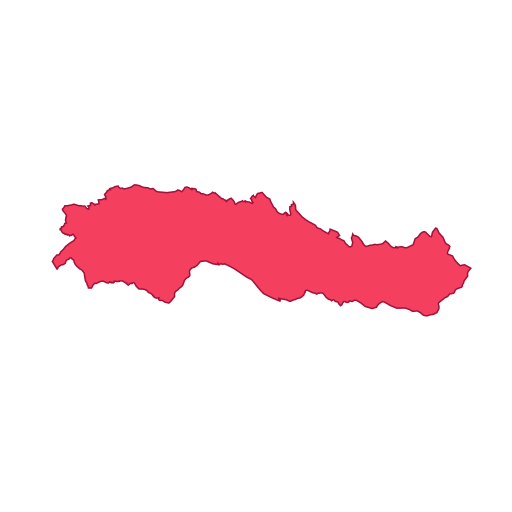 Cernesti, Maramures, Romania, rotated 58°
{"feature_id": "2599482B23598129947364", "entity_name": "Cernesti", "entity_type": "district", "adm_level": 2, "iso_a3": "ROU", "parent_name": "Romania", "parent_adm1": "Maramures", "projection": "robinson", "projection_center": [23.78, 47.557], "detail": "fine", "context": "isolated", "style": "filled", "palette": "rose", "viewbox_px": 512, "rotation_deg": 58, "n_neighbors": 0, "source": "geoboundaries", "source_scale": "gbopen_adm2", "svg_char_len": 6138}
<svg xmlns="http://www.w3.org/2000/svg" viewBox="0 0 512 512"><g transform="rotate(58 256 256)"><path d="M312.2,251.5L312.7,250.5L313.2,247.0L313.8,245.7L313.8,244.0L315.0,240.3L314.5,236.3L313.4,234.9L312.9,233.5L312.2,233.3L311.7,232.6L311.7,231.3L312.1,230.7L317.6,227.1L318.5,225.8L320.4,224.8L320.6,223.2L321.4,221.0L322.4,219.5L323.7,218.8L328.4,218.4L331.2,217.4L332.6,216.0L334.0,215.7L334.0,213.9L334.3,213.2L336.6,212.8L338.5,210.8L340.3,211.1L342.9,210.7L342.9,209.2L341.3,206.4L341.2,205.5L341.6,204.9L343.1,204.0L344.1,202.5L344.2,201.9L343.6,200.5L345.6,198.5L345.6,195.9L346.9,194.3L351.3,192.0L356.7,190.1L362.1,185.4L363.3,181.1L361.9,178.2L361.5,174.8L361.8,172.7L363.3,171.4L369.2,168.3L374.8,164.3L379.1,157.2L382.4,154.4L385.9,152.6L388.0,148.4L390.7,146.8L394.9,145.4L396.8,143.6L397.7,141.8L397.9,140.1L399.4,136.8L399.9,132.7L397.7,128.9L396.0,127.7L393.3,126.8L392.5,126.0L391.5,118.3L391.9,115.0L390.9,112.0L392.2,108.3L392.1,107.2L390.4,105.0L390.3,102.7L391.4,98.3L390.9,97.1L389.7,96.0L388.5,93.8L387.4,92.8L385.2,87.1L383.4,86.2L381.8,84.8L380.2,80.3L374.0,83.7L372.9,86.3L372.5,88.0L367.3,89.2L363.4,89.6L360.1,89.3L356.1,92.3L355.1,92.2L354.0,91.2L352.0,88.0L350.5,86.5L348.5,87.0L346.6,88.2L344.6,88.4L339.3,87.5L333.3,88.6L328.6,88.0L327.5,88.9L329.4,93.8L332.2,96.5L332.4,97.3L331.3,98.3L325.5,99.6L324.5,100.4L324.0,102.1L324.1,104.6L325.8,108.8L325.7,111.9L329.7,116.7L328.9,123.8L327.7,125.5L325.3,127.5L323.6,131.2L322.6,132.1L323.7,132.1L322.6,133.2L322.4,134.3L321.2,135.5L318.8,136.6L315.3,137.1L311.9,138.2L312.6,141.9L312.3,143.5L310.5,147.5L309.0,149.2L308.3,152.0L307.4,153.3L306.3,157.5L305.2,158.2L303.1,158.6L300.2,158.4L294.6,159.1L292.1,160.4L290.2,162.3L288.6,162.3L290.4,164.1L291.3,165.6L295.8,166.8L298.4,169.5L298.3,171.2L297.4,172.2L292.3,173.5L289.9,173.3L289.2,173.6L288.1,174.6L285.1,176.0L284.3,177.1L283.0,177.7L282.9,174.3L278.9,174.3L272.5,178.9L274.1,180.3L274.5,181.6L275.5,182.8L270.1,185.9L267.3,186.9L264.5,189.2L261.7,189.3L260.3,189.9L255.4,192.8L251.7,194.6L247.1,196.2L237.9,197.8L234.5,196.0L232.7,195.6L230.2,195.8L231.6,196.6L231.9,197.4L231.2,198.6L232.6,199.6L232.1,201.1L234.0,202.5L236.5,203.5L238.5,204.0L239.3,204.5L239.6,205.4L238.3,207.3L237.3,206.6L238.1,208.2L237.6,208.2L237.1,206.9L236.0,207.1L235.8,207.6L236.1,208.0L235.5,208.0L235.0,207.5L234.6,207.8L235.0,208.4L234.6,208.8L234.7,209.5L235.2,210.6L234.2,212.1L232.4,213.6L229.8,214.6L226.2,214.4L223.7,215.2L217.6,214.7L214.9,214.1L211.7,216.1L205.4,217.1L204.8,218.4L204.6,219.9L204.3,220.1L203.9,221.2L204.1,222.4L206.1,225.5L204.0,226.3L203.2,226.1L203.3,227.7L204.5,230.3L205.7,229.8L206.9,230.4L209.2,230.3L209.4,231.5L207.0,232.8L205.1,235.1L204.0,235.6L204.4,236.3L203.5,236.3L203.1,238.1L201.9,238.3L202.1,239.1L201.2,242.3L201.4,246.0L200.5,246.3L199.1,245.8L197.0,245.8L193.9,246.4L193.4,248.4L193.7,248.9L193.5,250.7L193.9,250.9L194.1,252.3L192.5,252.2L192.1,252.9L190.3,253.6L188.8,254.8L180.8,257.2L181.0,257.6L178.8,259.1L179.2,260.3L179.1,262.6L178.9,264.2L178.1,265.8L175.5,267.6L173.9,269.7L172.8,269.8L171.6,270.4L169.9,272.3L167.7,271.5L166.7,272.1L164.8,274.4L165.5,274.6L165.8,275.2L162.7,276.7L160.9,278.0L160.2,279.9L161.6,283.0L162.1,284.9L159.4,286.5L158.5,287.4L158.7,289.2L158.4,290.8L155.1,297.9L149.7,305.1L148.2,306.3L144.2,307.5L143.2,310.1L140.9,311.5L138.4,314.8L136.6,316.4L134.8,317.3L132.4,319.8L131.2,321.5L131.4,325.3L130.0,330.4L128.8,332.9L127.6,333.3L126.7,335.3L125.1,335.9L123.5,335.9L122.3,339.3L122.5,340.8L121.4,344.0L121.4,344.4L122.7,344.4L121.9,346.2L122.0,348.0L122.5,348.0L123.5,351.8L124.9,352.1L126.2,351.8L127.3,352.9L128.0,352.8L128.3,353.1L128.4,353.5L126.9,353.9L126.6,356.8L124.8,360.0L127.7,361.0L128.5,361.5L127.1,364.7L127.3,364.8L127.3,365.7L125.9,365.9L123.8,367.0L123.4,368.4L125.5,369.6L125.1,370.0L124.5,372.1L126.2,371.9L127.6,373.0L125.9,374.5L123.4,374.6L122.8,374.9L121.7,376.7L120.1,378.4L119.7,379.4L115.5,383.0L115.0,385.4L113.7,388.3L113.6,389.0L112.1,391.6L113.1,393.1L113.7,395.4L115.6,395.7L118.1,395.3L121.2,395.2L122.4,396.3L122.3,396.6L123.8,397.7L124.4,398.5L127.5,399.3L127.1,400.2L127.0,401.0L128.2,402.2L128.4,403.3L128.8,403.4L128.8,404.5L128.2,405.5L129.4,406.4L129.5,406.9L129.0,407.5L129.9,408.2L130.4,407.6L132.9,407.8L134.6,407.4L135.2,406.6L136.5,406.4L136.7,406.0L136.6,405.6L137.1,405.2L138.2,404.9L138.0,404.2L138.8,403.6L140.1,403.5L140.4,402.0L140.8,401.3L140.3,400.1L140.8,399.5L141.3,399.3L142.6,399.6L145.3,399.1L145.3,399.9L146.4,402.3L146.5,407.7L147.0,412.3L148.4,416.2L149.0,419.5L149.9,420.6L149.9,421.2L150.7,422.8L149.6,424.3L151.0,428.9L151.8,429.8L152.7,431.6L161.6,431.7L161.7,431.1L160.4,429.5L160.4,425.9L161.2,423.9L161.0,421.6L159.7,420.0L159.1,418.8L159.5,415.9L158.9,414.7L159.6,413.8L161.5,413.5L162.7,412.7L164.1,412.9L164.9,413.5L167.5,413.7L169.6,413.4L173.5,412.3L175.6,411.1L179.2,410.7L186.4,413.7L189.8,413.9L191.1,414.5L192.3,414.3L194.3,415.1L196.0,412.5L194.1,409.3L193.8,407.0L194.6,406.1L195.1,401.7L195.8,399.9L196.5,398.8L199.3,397.0L200.6,395.8L200.6,394.5L200.3,393.9L202.1,392.9L202.2,392.6L201.8,392.6L201.8,392.1L203.1,391.5L203.2,390.4L202.2,389.5L204.4,386.9L205.0,385.5L204.7,385.4L204.8,384.8L206.5,382.4L209.6,380.9L210.4,380.2L210.7,380.5L213.0,379.8L212.7,377.0L212.9,376.3L213.7,375.9L213.4,374.8L213.7,373.9L214.6,373.4L218.1,373.6L221.9,372.8L224.0,369.6L225.4,368.1L228.0,366.7L229.9,366.6L231.7,365.2L234.0,364.3L234.7,364.6L235.9,364.3L235.9,364.0L237.3,364.1L239.1,362.6L239.8,360.5L241.2,361.6L242.5,361.2L244.0,359.0L246.9,357.7L249.7,354.9L249.4,352.7L247.3,346.5L244.9,345.2L243.5,343.4L243.3,339.9L242.7,338.2L242.6,336.2L242.1,333.8L238.8,329.6L238.1,327.6L237.9,326.1L238.1,324.6L237.7,322.8L236.6,321.9L233.9,320.8L232.8,319.4L232.1,316.6L232.9,314.3L232.7,310.9L231.2,306.0L233.6,301.0L239.9,296.6L242.7,293.3L241.9,292.1L243.9,292.1L243.8,290.0L245.2,288.8L245.9,287.4L246.1,286.4L246.9,286.4L248.3,285.2L254.7,281.4L269.3,274.9L273.7,272.2L286.0,270.6L291.9,269.5L300.2,264.4L306.6,259.9L306.9,259.5L306.3,258.9L305.2,259.8L303.9,259.0L305.0,258.1L309.2,253.4L312.2,251.5Z" fill="#f43f5e" stroke="#9f1239" stroke-width="1.5"/></g></svg>